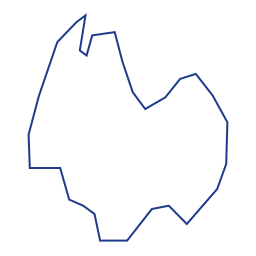 map outline of Debrecen (Mercator projection)
{"feature_id": "HUN-4924", "entity_name": "Debrecen", "entity_type": "Urban county", "adm_level": 1, "iso_a3": "HUN", "parent_name": "Hungary", "parent_adm1": "", "projection": "mercator", "projection_center": [21.625, 47.561], "detail": "fine", "context": "isolated", "style": "outline", "palette": "blue", "viewbox_px": 256, "rotation_deg": 0, "n_neighbors": 0, "source": "natural_earth", "source_scale": "10m", "svg_char_len": 458}
<svg xmlns="http://www.w3.org/2000/svg" viewBox="0 0 256 256"><path d="M85.5,15.4L79.8,50.5L86.6,55.5L92.2,35.4L114.7,32.1L122.6,62.2L132.8,92.3L145.2,109.0L165.4,97.3L180.1,78.9L195.8,73.9L212.7,95.6L227.4,122.3L226.2,164.0L217.2,189.0L186.8,224.0L168.8,205.7L151.9,209.0L127.1,240.6L100.1,240.6L94.5,214.0L83.2,205.7L69.2,199.6L60.2,168.0L29.8,168.0L28.6,134.6L38.8,96.2L57.3,42.1L76.5,22.1L85.5,15.4Z" fill="none" stroke="#1e3a8a" stroke-width="2"/></svg>